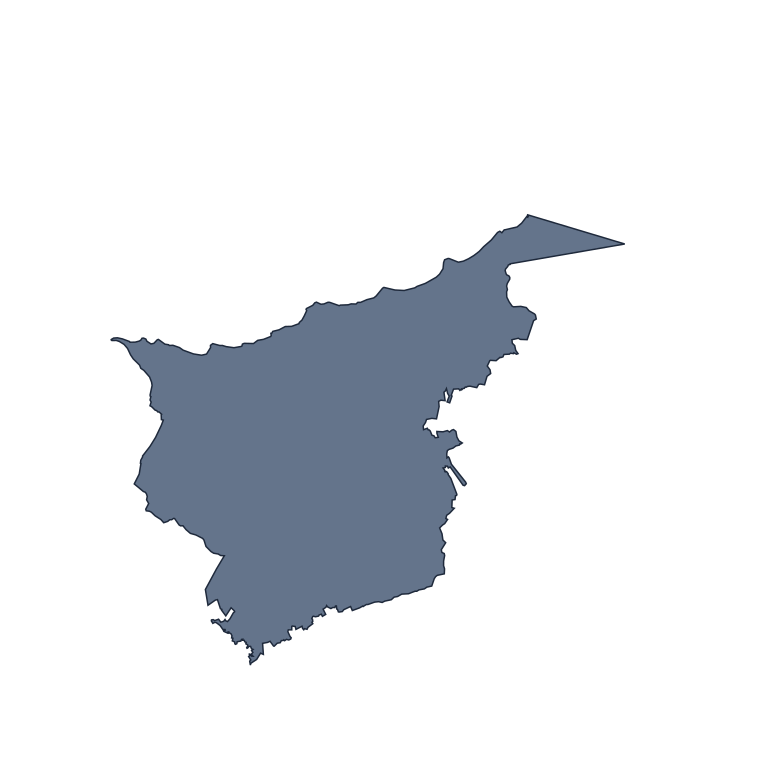 outline of San Onofre, Sucre, Colombia, rotated 55°
{"feature_id": "7082276B86693666640795", "entity_name": "San Onofre", "entity_type": "district", "adm_level": 2, "iso_a3": "COL", "parent_name": "Colombia", "parent_adm1": "Sucre", "projection": "albers", "projection_center": [-75.504, 9.884], "detail": "fine", "context": "isolated", "style": "filled", "palette": "slate", "viewbox_px": 768, "rotation_deg": 55, "n_neighbors": 0, "source": "geoboundaries", "source_scale": "gbopen_adm2", "svg_char_len": 6170}
<svg xmlns="http://www.w3.org/2000/svg" viewBox="0 0 768 768"><g transform="rotate(55 384 384)"><path d="M407.4,106.5L327.8,169.3L328.4,170.1L329.8,169.3L329.2,170.2L329.8,170.7L328.8,171.3L331.2,179.0L331.7,185.0L326.7,197.2L327.7,200.7L325.3,201.5L325.0,204.1L327.6,213.5L328.7,223.7L330.0,229.9L330.3,236.7L329.9,242.8L328.9,248.5L326.9,253.2L318.7,258.6L317.9,259.5L317.0,263.1L318.7,265.5L323.4,269.5L325.9,275.5L326.5,279.9L325.3,292.4L323.0,300.9L322.9,303.6L319.0,313.8L313.3,321.1L304.8,328.7L304.7,330.2L307.4,339.9L307.6,343.0L305.1,349.6L303.7,356.4L302.1,358.6L302.4,361.1L299.5,365.0L298.6,367.9L294.4,374.4L294.1,375.8L285.9,381.7L284.9,383.1L284.0,387.2L282.5,389.9L278.2,392.4L277.8,394.1L278.7,397.3L277.7,404.2L278.1,405.0L279.6,405.3L282.6,410.5L284.6,414.6L285.0,418.0L285.8,419.1L283.8,426.6L280.3,431.9L279.4,438.9L277.1,444.9L278.0,446.8L277.6,447.6L279.5,448.5L280.1,449.6L278.3,457.1L275.8,462.4L276.0,467.7L270.5,475.2L270.1,477.1L271.4,478.6L271.3,479.5L268.2,486.1L262.9,491.8L259.7,494.3L258.3,496.4L252.7,501.1L252.8,504.0L254.7,505.2L257.7,512.2L255.8,516.9L250.1,522.8L241.1,529.1L236.9,530.6L231.2,534.7L229.3,537.8L228.3,537.9L225.7,540.6L218.1,543.2L217.7,544.3L218.7,549.2L217.5,551.9L213.0,553.7L210.6,553.3L208.5,554.6L207.7,556.0L208.5,557.8L208.5,559.7L207.0,563.8L204.1,568.1L203.2,568.1L197.0,572.4L193.3,575.8L191.3,579.1L191.1,581.7L191.3,582.2L192.3,582.0L194.8,578.3L197.4,576.4L202.5,574.2L207.8,573.7L214.8,574.9L219.6,575.0L228.3,573.4L231.7,574.2L235.0,572.9L243.8,572.0L249.1,573.3L252.2,574.8L258.9,582.0L260.1,582.5L260.6,582.2L262.9,584.8L265.2,585.1L267.6,588.2L269.1,587.4L274.1,586.5L275.4,585.5L277.2,585.3L277.9,584.3L281.2,583.5L281.3,584.1L285.5,586.8L287.0,585.5L290.2,590.2L296.7,601.7L300.9,611.5L304.5,623.1L305.3,623.6L306.9,626.9L309.2,629.0L309.7,628.7L317.4,636.2L322.6,645.9L334.0,642.8L335.8,641.6L337.7,641.6L340.3,642.4L342.7,644.9L346.9,645.3L349.9,651.0L351.5,651.5L353.7,649.1L355.6,648.1L360.7,647.1L367.0,644.5L371.3,644.0L372.5,639.9L372.3,637.4L373.4,635.7L373.4,633.5L374.1,632.7L382.0,632.7L383.5,632.0L384.8,630.0L389.7,629.7L395.3,628.3L399.6,624.8L406.5,621.1L408.6,621.0L415.0,623.0L422.1,621.8L424.9,620.6L428.2,617.3L430.8,616.2L433.1,613.3L439.5,627.5L449.9,648.2L464.3,655.1L464.3,646.1L465.1,644.1L474.3,646.9L475.6,646.1L476.1,646.8L483.2,646.6L479.6,637.6L484.0,636.7L484.9,637.0L485.0,638.6L488.0,644.9L488.8,648.5L487.3,649.4L485.7,649.3L486.4,651.4L485.5,654.3L481.8,654.4L480.7,658.3L479.0,659.1L478.3,660.6L479.0,661.3L481.9,661.5L482.2,659.3L483.2,658.3L487.8,656.8L492.6,656.8L494.0,655.0L494.6,655.2L494.1,657.0L494.8,657.1L498.8,654.7L498.9,654.1L497.7,654.1L498.0,653.3L499.2,653.5L500.7,652.6L503.0,652.9L504.6,654.5L505.6,653.6L507.4,655.6L509.6,654.3L511.3,655.2L512.1,654.9L512.3,653.5L510.9,652.1L512.5,648.7L511.5,647.2L512.1,646.0L512.9,646.7L513.8,645.5L515.3,645.9L516.6,645.1L517.6,646.2L519.5,645.3L520.5,646.0L521.2,647.7L521.9,647.8L522.1,647.1L521.4,645.3L522.4,643.8L524.9,644.4L526.3,643.5L526.4,645.4L528.6,645.3L529.3,647.7L531.9,647.4L531.0,648.6L528.2,648.8L528.0,649.3L529.5,649.9L529.6,651.2L533.6,651.4L534.0,653.0L537.6,654.7L536.4,653.2L536.6,646.3L533.7,639.5L536.3,637.9L526.8,632.2L528.9,627.6L529.4,624.9L535.3,624.8L535.8,624.3L535.1,620.1L536.4,617.4L535.3,615.3L536.3,613.6L536.1,612.8L537.3,612.6L537.2,610.4L539.1,608.8L539.4,606.6L538.6,605.6L536.9,605.8L531.7,604.8L530.5,603.4L532.5,600.6L529.7,598.6L529.6,598.0L531.7,595.8L534.5,596.9L535.4,590.1L537.6,590.9L539.3,590.7L538.8,589.5L540.8,587.7L539.7,585.8L539.5,579.8L537.8,579.7L537.6,578.5L535.7,577.5L534.8,577.8L533.6,575.8L533.7,575.1L535.4,573.6L536.6,570.7L536.0,569.7L536.6,567.4L539.0,567.7L539.3,563.9L533.5,563.0L533.6,559.7L532.6,558.1L534.2,558.1L537.5,556.3L537.7,554.1L538.9,552.6L538.0,551.1L538.5,550.3L541.2,551.8L542.0,551.4L544.5,552.1L545.1,551.5L546.5,548.7L545.8,546.4L547.1,539.0L551.4,539.9L553.4,532.3L553.7,528.8L554.3,528.7L554.5,524.9L555.4,523.7L557.3,516.8L559.2,513.3L561.9,510.8L562.3,507.9L564.9,501.8L564.4,497.9L565.9,494.7L566.3,490.0L569.9,484.2L571.5,477.5L572.6,476.0L572.7,473.5L575.0,468.4L575.0,465.4L576.9,460.8L572.3,454.5L571.4,452.2L571.3,450.1L574.1,443.5L570.1,440.4L567.0,439.4L563.2,436.7L559.3,432.7L557.4,431.9L555.2,433.2L552.6,432.1L549.4,424.5L545.5,425.2L540.0,422.4L533.8,421.0L533.1,416.9L533.2,414.4L531.4,409.6L529.7,410.5L527.5,408.0L527.5,404.5L526.1,397.7L524.1,399.3L518.1,394.7L519.4,392.1L516.5,389.5L516.9,388.4L516.2,387.6L499.7,383.4L494.9,383.4L494.4,382.9L492.7,382.9L491.6,383.0L491.1,384.3L490.2,384.3L489.9,383.7L486.7,383.8L487.6,381.6L486.4,380.8L487.8,379.1L489.7,379.5L489.9,377.4L512.3,377.3L513.5,376.3L512.9,373.8L511.3,373.4L488.4,374.8L481.9,373.0L480.6,373.1L480.6,374.8L477.1,372.6L474.9,370.3L474.9,368.2L476.1,364.3L476.0,360.6L477.3,357.2L476.5,356.2L477.2,355.6L477.2,353.7L473.5,355.2L469.3,354.7L464.1,352.3L461.2,353.2L460.7,354.9L460.9,357.9L458.5,358.8L457.0,363.1L453.2,367.9L454.9,369.0L458.8,370.1L457.4,372.9L455.0,372.8L453.5,374.1L449.1,373.1L447.6,373.3L446.9,374.1L445.1,373.9L444.1,377.8L440.9,376.0L439.3,372.0L437.4,369.5L439.6,364.5L442.7,361.0L434.1,351.8L429.6,349.2L429.9,346.7L432.7,343.5L425.1,339.6L424.9,337.8L423.6,335.5L428.3,337.3L431.3,337.5L434.8,342.6L437.1,341.0L432.9,335.2L432.1,335.6L431.5,334.9L428.1,330.0L430.8,325.6L432.8,325.5L432.5,323.5L433.3,323.6L433.0,321.8L433.6,320.8L433.1,319.2L433.8,318.4L433.9,317.0L435.1,314.8L440.2,310.1L438.6,306.7L439.3,305.1L442.3,302.1L436.8,295.2L436.6,290.6L433.2,289.0L428.5,289.1L425.6,284.0L425.6,283.3L429.2,278.8L428.7,273.6L429.3,273.3L430.0,271.0L428.6,268.8L431.5,264.1L431.3,262.8L433.4,260.5L432.9,259.7L435.6,258.4L436.0,256.8L432.0,256.8L427.5,254.9L424.2,255.5L421.1,253.8L423.6,247.7L425.6,246.8L429.8,241.3L417.9,225.1L418.1,222.0L414.4,220.4L413.0,220.5L407.2,223.2L403.0,223.6L398.9,227.4L395.1,233.6L393.8,234.4L388.6,234.4L383.3,233.6L378.8,230.7L377.5,228.8L374.1,227.4L372.4,225.4L370.2,220.8L368.8,219.8L367.0,219.7L365.1,220.8L363.9,220.8L360.6,219.7L359.5,218.4L358.7,215.2L357.8,213.9L358.4,212.1L357.9,211.7L407.4,106.5Z" fill="#64748b" stroke="#1e293b" stroke-width="1.5"/></g></svg>